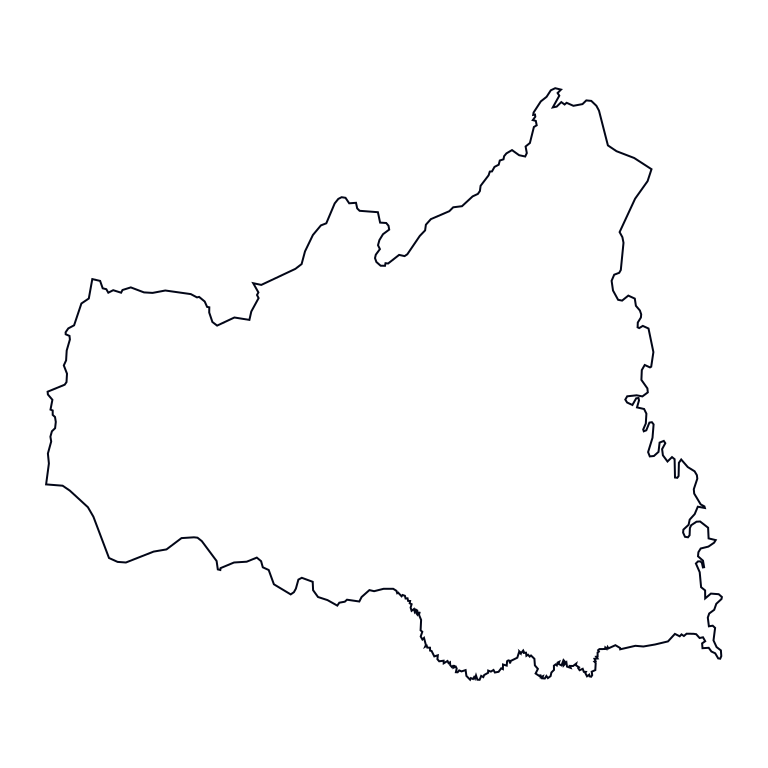 Khian Sa, Surat Thani, Thailand (Equal Earth projection)
{"feature_id": "78962969B19485368092411", "entity_name": "Khian Sa", "entity_type": "district", "adm_level": 2, "iso_a3": "THA", "parent_name": "Thailand", "parent_adm1": "Surat Thani", "projection": "equal_earth", "projection_center": [99.16, 8.76], "detail": "fine", "context": "isolated", "style": "outline", "palette": "ink", "viewbox_px": 768, "rotation_deg": 0, "n_neighbors": 0, "source": "geoboundaries", "source_scale": "gbopen_adm2", "svg_char_len": 6074}
<svg xmlns="http://www.w3.org/2000/svg" viewBox="0 0 768 768"><path d="M561.0,89.6L555.2,88.2L550.8,90.3L546.6,96.8L540.8,101.4L533.6,112.5L533.2,114.9L535.0,114.6L535.3,116.7L532.8,120.1L535.8,120.9L536.7,125.3L533.9,127.0L529.9,143.0L525.6,146.5L526.8,153.1L525.2,156.5L519.1,155.2L512.0,150.1L506.4,153.4L504.1,156.2L503.5,159.3L499.8,160.5L498.7,164.7L494.5,166.9L492.0,171.4L489.8,171.6L488.6,175.3L480.6,185.8L479.9,191.0L477.9,193.9L472.6,196.4L462.0,206.2L453.2,207.3L449.3,211.2L430.9,219.1L425.9,224.7L425.1,230.4L419.8,235.9L407.3,254.3L404.6,256.1L399.1,254.9L388.1,263.5L385.5,263.2L385.0,265.8L380.6,265.7L376.4,262.0L375.0,258.1L375.8,254.7L379.9,249.1L378.0,245.2L379.4,240.1L383.0,234.2L389.2,229.6L388.5,225.7L386.2,223.0L380.1,222.6L377.9,212.2L359.6,210.8L357.2,208.4L356.0,202.8L349.2,203.3L345.5,197.8L341.6,197.2L338.3,198.9L334.7,203.4L326.3,223.3L320.9,225.4L312.9,235.0L305.0,251.4L301.6,264.1L295.3,268.9L261.3,284.9L253.2,283.2L258.4,292.4L257.0,295.0L258.6,298.1L251.3,311.5L249.4,319.9L234.4,317.5L217.1,325.6L212.4,322.0L209.2,312.5L209.3,307.3L207.1,306.9L204.7,301.5L199.1,296.9L197.0,297.4L190.8,294.1L165.3,290.5L152.6,292.9L144.0,292.4L130.8,287.4L122.5,290.0L121.1,292.7L113.2,290.2L108.3,292.7L106.3,289.2L102.7,288.3L100.1,280.9L92.3,279.1L88.8,298.5L81.4,303.5L74.1,325.3L68.3,328.4L65.6,332.3L65.7,334.3L69.5,335.9L69.9,339.5L66.7,350.5L66.1,360.4L63.8,365.4L67.0,373.7L66.5,382.1L64.7,384.7L47.6,391.7L47.9,394.5L52.4,399.8L50.5,409.6L52.7,410.5L52.7,414.9L55.0,417.0L55.8,421.9L55.1,428.2L51.9,431.3L50.4,436.7L51.2,441.5L47.9,453.5L48.9,463.5L46.1,484.4L62.6,485.7L69.8,490.6L87.9,507.2L93.4,516.7L109.0,558.0L117.6,561.9L125.9,562.5L153.6,551.6L166.5,549.4L181.5,538.1L194.0,537.3L197.5,537.7L201.8,541.1L216.6,561.0L217.8,569.4L220.3,570.0L220.6,568.1L234.0,562.5L246.7,561.7L256.8,557.6L261.1,561.2L262.8,567.3L268.7,570.0L273.9,584.3L290.7,594.4L293.9,592.2L295.9,588.6L298.4,579.6L301.8,577.8L312.7,581.8L313.1,590.2L318.0,597.0L327.5,600.1L337.3,605.6L339.3,602.7L344.8,601.7L347.0,599.7L359.3,601.5L361.6,597.0L369.4,590.1L374.1,591.2L383.6,588.8L393.2,588.8L396.4,590.8L397.2,593.2L398.1,592.6L401.6,596.3L402.6,595.0L404.9,595.8L405.6,598.5L407.5,598.3L408.1,600.9L410.1,601.0L409.7,603.3L411.6,604.2L410.6,607.6L411.6,610.8L414.0,609.0L414.7,611.7L415.8,609.6L417.2,610.5L416.3,613.1L417.3,614.5L418.0,612.4L419.5,612.7L419.0,614.8L421.1,619.9L420.6,630.3L422.3,631.8L420.7,636.5L422.4,639.5L424.0,637.9L425.9,645.0L425.2,646.6L426.7,645.7L427.3,647.6L430.0,647.7L430.1,650.6L431.6,651.0L434.3,656.4L437.8,655.3L437.4,659.2L439.2,661.3L443.6,660.7L443.7,663.3L447.5,661.0L448.6,663.2L450.0,662.3L450.2,665.1L451.8,667.0L453.1,665.8L454.2,665.9L453.7,667.6L455.8,666.7L456.7,668.5L455.9,672.2L457.6,672.3L459.2,670.4L461.5,671.4L465.6,670.1L466.4,675.9L470.1,679.7L470.9,678.1L473.0,679.0L474.1,677.1L475.0,678.6L476.0,675.4L477.4,679.7L479.6,679.8L481.2,675.9L483.3,677.1L484.2,675.0L488.1,672.8L488.2,670.6L490.9,671.6L493.5,670.0L494.9,672.5L498.6,671.8L501.2,668.3L502.9,669.1L503.0,664.5L506.7,665.6L507.1,661.2L508.3,660.4L509.5,660.7L510.0,663.4L510.8,660.9L517.3,657.7L518.9,652.6L520.2,653.4L519.7,651.7L521.2,653.0L523.2,650.5L524.1,652.4L523.0,653.0L526.0,652.7L526.4,655.8L528.0,654.7L529.7,656.6L531.0,655.5L534.4,658.8L534.9,665.4L537.9,668.9L535.6,673.5L539.8,676.3L540.5,674.6L540.7,677.3L542.9,676.2L542.2,678.3L544.8,678.5L546.4,676.0L547.9,678.1L550.6,676.1L551.4,672.5L554.0,669.9L553.9,665.7L555.6,664.4L556.8,665.4L557.6,662.6L559.2,661.8L558.5,663.9L561.5,665.4L563.5,660.1L565.1,661.9L563.4,662.8L563.6,665.5L566.4,662.4L567.0,666.6L570.7,667.9L569.9,665.9L573.1,666.0L576.2,663.6L575.8,665.2L579.0,667.3L578.2,668.1L579.6,670.2L582.7,668.8L583.8,671.8L585.9,671.9L585.3,673.0L587.0,676.3L589.2,674.7L589.6,676.4L591.2,676.7L592.2,675.1L591.7,671.7L595.3,670.1L595.7,663.0L594.4,661.6L595.6,661.2L594.5,658.8L597.5,658.5L596.2,656.7L597.6,656.5L597.6,652.5L598.9,651.6L598.1,650.2L599.4,649.1L605.0,649.0L605.3,647.5L606.8,649.0L607.6,647.0L608.4,648.4L615.4,645.2L620.1,648.0L620.2,649.3L635.4,645.8L643.4,646.5L655.0,644.5L668.0,641.4L674.9,633.9L679.7,636.3L681.5,634.4L683.9,636.0L686.6,633.7L693.5,633.8L696.2,634.2L699.6,638.0L703.0,637.3L705.2,641.2L702.1,643.4L702.5,648.2L708.7,647.8L711.4,651.5L715.2,653.3L718.2,658.4L720.2,658.7L721.3,656.1L720.9,650.4L716.6,647.1L713.5,640.4L715.1,627.9L712.7,625.7L708.9,626.3L707.8,617.6L709.2,613.5L714.2,609.8L716.3,603.8L721.5,599.0L721.9,597.0L718.7,594.2L710.9,593.6L705.2,598.4L705.1,590.4L701.1,587.2L699.7,572.2L695.9,563.5L698.0,561.4L700.4,561.4L701.9,562.9L702.9,567.4L704.1,567.2L703.0,560.7L698.0,556.3L698.4,552.2L700.7,548.5L708.4,546.6L714.1,542.7L715.7,540.1L708.6,538.4L708.1,527.7L700.1,521.5L696.5,521.7L691.2,525.2L689.9,528.0L689.6,535.2L688.0,537.3L685.0,536.8L683.1,532.6L683.4,529.6L688.6,524.8L689.7,519.6L694.7,514.1L697.8,506.7L704.9,508.0L704.4,506.4L700.7,504.4L694.2,493.6L693.8,489.2L697.3,478.7L696.9,475.2L694.6,471.3L687.8,467.1L681.2,459.5L678.9,462.8L678.6,476.0L677.3,477.8L675.0,477.5L674.6,459.2L672.0,457.1L667.5,461.5L662.9,455.3L662.1,449.1L665.3,443.2L663.8,440.9L659.6,442.6L658.5,451.9L653.9,456.0L649.8,456.4L648.1,452.1L652.5,437.8L653.6,424.4L651.9,422.2L649.4,422.6L646.3,430.3L643.8,431.3L643.2,429.5L645.8,423.5L646.4,413.7L644.1,409.0L637.0,407.4L639.0,400.4L638.5,398.0L636.2,398.3L632.4,405.0L627.1,402.5L625.3,399.6L627.2,396.3L636.6,395.3L642.4,396.4L647.8,392.4L647.4,388.4L641.4,379.9L641.8,370.1L644.7,365.0L650.0,367.4L651.2,366.7L653.4,352.1L648.5,328.5L642.8,325.9L639.2,328.1L637.6,327.3L637.8,322.5L640.9,317.5L641.2,314.4L639.9,310.5L635.9,305.8L634.8,298.6L628.3,295.6L622.1,300.6L618.1,299.8L613.0,290.5L611.6,280.8L614.2,274.7L619.2,272.8L620.8,270.0L623.5,242.8L622.4,237.2L619.6,232.1L635.1,198.7L647.6,181.1L651.5,169.2L634.2,158.0L616.5,151.2L607.9,145.4L599.0,110.7L596.4,105.8L591.3,100.9L586.3,100.4L582.5,104.1L573.4,105.8L566.6,102.8L564.6,104.5L561.3,102.1L556.7,106.6L552.8,107.4L559.3,95.7L557.6,93.0L561.0,89.6Z" fill="none" stroke="#020617" stroke-width="2"/></svg>